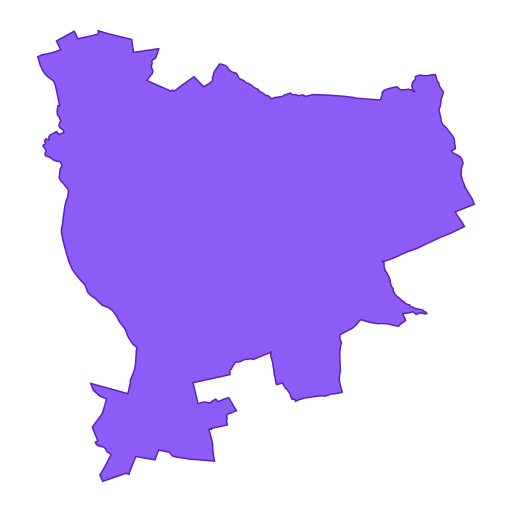 Albesti, Vaslui, Romania (Natural Earth projection)
{"feature_id": "2599482B63481497908108", "entity_name": "Albesti", "entity_type": "district", "adm_level": 2, "iso_a3": "ROU", "parent_name": "Romania", "parent_adm1": "Vaslui", "projection": "natural_earth1", "projection_center": [27.866, 46.507], "detail": "fine", "context": "isolated", "style": "filled", "palette": "violet", "viewbox_px": 512, "rotation_deg": 0, "n_neighbors": 0, "source": "geoboundaries", "source_scale": "gbopen_adm2", "svg_char_len": 5865}
<svg xmlns="http://www.w3.org/2000/svg" viewBox="0 0 512 512"><path d="M425.4,314.0L425.5,313.8L426.8,313.5L426.2,312.3L425.0,311.9L422.9,310.2L414.2,308.1L413.2,307.2L410.3,306.7L409.7,304.9L407.5,304.4L404.8,303.0L403.9,301.8L402.6,301.3L401.7,300.3L400.5,299.7L399.9,298.7L397.1,296.4L396.0,295.7L394.4,293.3L394.1,292.3L393.2,290.8L393.1,288.8L390.8,284.8L390.2,280.6L389.2,277.5L386.4,272.1L385.0,271.1L385.2,270.0L384.3,268.2L384.3,267.4L384.0,266.6L384.1,263.6L383.8,262.8L382.4,261.3L384.4,261.5L385.7,260.8L388.7,259.9L398.7,255.8L401.4,254.3L403.2,253.7L408.4,251.3L409.4,251.1L418.0,248.0L427.5,243.2L431.5,241.6L433.2,240.6L435.5,239.7L438.1,238.3L451.3,232.9L464.5,226.5L461.8,222.0L457.7,216.1L455.2,211.9L474.3,204.2L472.1,198.7L465.4,187.9L464.5,185.9L464.0,183.8L463.2,182.4L462.4,180.1L461.0,174.6L461.3,173.0L461.5,167.6L463.1,163.4L462.0,159.4L460.2,156.8L457.0,154.8L453.7,153.3L451.9,151.8L451.7,150.8L452.1,150.4L455.1,149.0L455.3,148.5L455.4,147.4L454.6,143.5L454.6,141.3L454.0,138.3L452.9,136.4L446.3,127.8L442.5,124.2L441.1,120.8L440.9,118.0L438.9,110.0L440.2,106.3L441.0,102.0L441.0,100.2L441.2,99.1L442.8,94.7L443.3,92.1L443.1,91.2L441.9,90.2L439.2,85.6L438.9,83.4L438.6,82.6L437.5,81.7L435.5,75.0L435.0,74.7L432.6,74.6L428.7,75.5L423.8,75.8L421.9,75.3L419.3,75.1L415.4,76.6L415.3,78.8L414.9,80.0L413.1,81.4L412.9,82.3L412.1,83.3L412.2,84.1L411.9,85.5L411.9,86.9L412.7,88.9L412.9,89.9L413.5,90.7L414.8,91.6L414.7,91.8L414.0,91.6L411.3,89.8L410.3,89.9L408.4,89.1L406.6,89.6L406.1,89.4L404.1,89.8L400.7,89.7L400.0,89.4L396.8,86.8L390.4,88.1L385.6,89.6L383.4,90.8L382.6,91.9L382.6,92.8L382.1,92.8L382.2,94.8L380.9,98.3L380.7,99.6L379.7,100.0L356.0,98.2L354.9,98.0L354.5,97.6L343.9,96.3L328.2,95.1L312.9,94.6L305.8,96.4L303.2,95.0L300.9,95.1L298.7,95.7L297.9,95.6L295.8,94.6L293.5,94.9L292.4,94.7L290.5,93.0L284.3,95.1L283.0,96.2L282.1,96.5L274.3,97.6L272.2,98.7L271.5,98.7L268.0,95.7L267.6,95.5L265.8,95.6L263.8,93.7L259.5,91.4L258.3,89.6L253.6,87.2L251.9,85.4L250.4,84.8L248.6,83.4L247.4,83.3L245.6,82.5L244.5,81.2L242.4,80.0L239.7,78.7L238.7,77.7L236.9,73.9L235.9,73.1L232.7,72.3L230.4,71.0L228.6,69.2L227.8,68.1L227.2,66.9L226.5,66.3L225.7,66.1L225.3,65.5L221.4,64.2L219.4,64.1L214.4,71.5L213.7,73.3L213.0,76.5L212.3,77.9L212.4,78.7L212.9,79.5L212.9,80.3L210.0,83.0L203.7,86.7L193.9,76.7L179.6,87.0L174.4,91.2L172.7,90.0L171.2,91.3L146.9,80.5L149.9,76.3L152.4,73.4L152.9,71.2L152.6,69.8L151.8,68.7L151.4,65.4L152.2,63.6L151.9,62.4L151.8,61.0L152.7,59.8L153.8,59.1L154.9,58.7L155.6,58.1L158.5,50.0L158.7,48.7L133.4,52.4L133.2,49.4L132.5,45.8L131.8,39.5L107.9,33.7L98.1,30.7L98.5,32.4L98.4,33.2L97.5,34.4L77.9,38.8L74.3,31.2L56.4,41.0L60.7,49.8L52.1,52.7L41.9,54.9L37.7,56.7L39.6,62.7L40.0,64.6L42.5,70.2L44.8,73.6L46.6,75.5L48.3,77.1L52.8,80.4L54.2,82.2L55.0,83.9L57.0,92.7L59.7,105.8L57.9,105.7L57.1,111.2L57.4,114.8L59.0,116.7L60.8,121.1L59.5,122.9L59.5,123.7L58.9,125.7L59.2,126.6L60.0,127.7L62.6,129.6L63.6,130.7L63.8,131.9L63.3,132.7L59.1,134.5L58.6,133.4L57.8,133.6L56.8,131.5L55.5,132.0L55.3,132.4L54.5,132.5L53.8,133.3L50.4,134.8L48.8,137.0L49.3,139.2L48.3,139.8L46.4,138.9L45.5,139.1L44.7,140.8L44.6,141.6L45.5,142.8L45.6,143.6L43.0,145.3L42.9,145.9L45.1,149.0L46.2,151.4L45.2,152.9L45.0,154.0L45.4,155.7L50.4,157.5L52.8,159.6L54.1,160.3L55.6,160.9L59.5,161.7L60.6,162.5L61.5,164.1L61.8,165.7L61.7,166.4L60.4,168.5L60.0,169.9L59.5,175.2L59.2,177.1L59.4,178.3L61.0,181.3L63.1,183.1L64.8,185.5L67.5,188.5L68.4,190.3L68.3,193.2L67.5,197.6L66.3,200.3L65.3,204.2L64.6,207.9L63.0,219.5L62.7,223.5L61.5,229.1L61.4,232.0L62.8,239.7L65.2,248.9L69.0,261.9L72.4,269.5L75.1,273.4L80.9,280.6L84.7,284.5L85.9,287.1L87.7,292.2L88.9,293.7L90.8,295.4L95.6,298.8L102.1,305.2L108.0,307.4L111.9,310.1L113.6,312.0L117.4,317.4L118.5,320.1L119.7,322.1L124.8,328.6L125.8,330.6L127.3,335.0L128.5,337.5L131.9,342.9L133.0,344.3L136.4,347.0L136.8,348.1L136.7,349.5L136.2,351.0L136.3,353.0L135.5,364.2L135.2,366.3L134.3,370.1L133.5,372.5L131.4,377.8L130.3,380.0L130.2,383.6L127.9,393.7L90.8,383.4L92.7,388.8L93.6,390.5L99.5,395.9L106.5,398.9L105.1,404.4L102.3,413.3L100.1,416.6L92.6,426.6L92.4,427.3L97.8,441.0L95.4,442.1L96.3,444.4L97.4,445.3L99.3,446.1L103.8,447.1L105.1,448.2L106.8,451.5L110.0,453.5L110.9,455.0L105.1,466.2L100.6,474.0L99.7,475.0L100.3,475.8L102.7,481.3L125.0,473.6L126.1,473.4L129.1,474.2L129.4,472.5L135.8,456.5L154.9,459.9L158.6,450.1L168.6,452.0L169.8,452.9L172.3,455.9L176.0,457.0L189.6,459.1L214.6,461.1L213.8,457.6L213.0,451.9L212.7,449.0L212.8,446.9L212.6,444.2L211.1,437.2L209.0,429.6L210.2,429.2L211.4,429.3L211.6,429.0L211.1,428.5L227.4,424.9L226.6,420.8L227.1,418.6L226.8,416.1L226.9,414.8L228.5,413.8L231.8,412.8L234.7,411.3L236.4,410.8L230.7,401.1L229.0,397.9L228.8,397.8L225.4,398.5L218.7,401.4L218.0,401.5L215.7,399.1L211.9,401.3L210.7,402.7L209.1,402.8L205.7,402.1L203.6,402.0L198.7,403.5L197.9,403.1L193.0,382.7L230.0,374.6L230.1,373.1L229.7,371.3L229.8,370.5L231.5,368.9L232.0,367.4L233.3,365.2L234.4,364.0L234.6,362.9L235.3,362.4L239.7,361.7L244.6,359.6L251.0,358.8L251.9,358.9L253.1,359.5L271.2,352.1L270.6,353.9L271.1,357.1L272.5,362.2L274.2,372.6L274.2,374.6L274.9,377.1L275.8,382.5L276.6,384.6L282.5,383.0L285.7,388.7L286.5,388.5L287.8,390.7L290.1,393.7L290.5,396.2L292.1,399.3L294.7,399.4L295.6,400.6L295.6,401.3L297.9,400.1L304.6,398.0L319.4,395.9L322.0,395.8L324.4,396.1L325.9,395.9L331.2,394.0L334.9,393.8L342.0,392.4L342.3,392.0L340.3,385.5L339.2,379.1L339.9,372.7L340.5,370.8L339.9,361.0L339.7,353.1L340.6,345.7L341.5,342.9L340.0,339.1L339.9,334.8L352.8,327.9L356.1,325.0L360.3,319.9L363.0,320.2L365.2,321.1L371.1,322.6L378.5,323.7L382.1,323.5L387.5,323.8L394.3,325.5L398.6,326.2L400.0,324.5L405.2,320.8L405.4,320.1L405.2,319.0L402.9,314.3L402.9,313.8L406.9,313.0L408.8,312.9L412.6,311.9L413.4,312.0L416.1,314.4L419.6,313.0L421.5,313.1L425.4,314.0Z" fill="#8b5cf6" stroke="#5b21b6" stroke-width="1.5"/></svg>